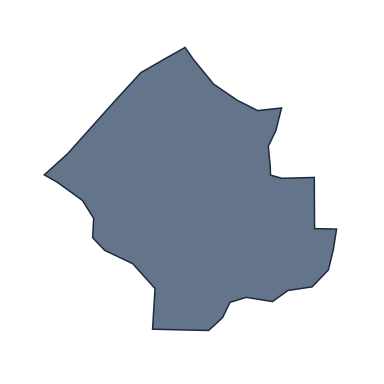 outline of Ablekuma Central Municipal, Greater Accra, Ghana, rotated 279°
{"feature_id": "2480657B99533750399286", "entity_name": "Ablekuma Central Municipal", "entity_type": "district", "adm_level": 2, "iso_a3": "GHA", "parent_name": "Ghana", "parent_adm1": "Greater Accra", "projection": "robinson", "projection_center": [-0.239, 5.554], "detail": "fine", "context": "isolated", "style": "filled", "palette": "slate", "viewbox_px": 384, "rotation_deg": 279, "n_neighbors": 0, "source": "geoboundaries", "source_scale": "gbopen_adm2", "svg_char_len": 615}
<svg xmlns="http://www.w3.org/2000/svg" viewBox="0 0 384 384"><g transform="rotate(279 192 192)"><path d="M289.0,267.3L282.7,244.1L289.7,222.2L302.0,196.4L314.4,182.5L323.2,172.6L333.7,162.6L319.6,144.7L302.0,122.9L272.1,103.0L210.5,63.3L185.8,43.4L180.6,57.3L166.5,85.1L150.6,99.0L131.3,101.0L120.7,114.9L111.9,144.7L90.8,170.6L50.3,174.5L57.8,230.0L72.6,241.8L88.9,246.8L96.4,261.9L96.4,288.7L109.7,302.1L117.1,325.5L136.4,338.9L157.2,340.6L178.0,340.6L175.0,318.8L225.5,310.5L219.6,278.6L221.0,266.9L229.9,265.2L249.2,260.2L265.6,265.2L289.0,267.3Z" fill="#64748b" stroke="#1e293b" stroke-width="1.5"/></g></svg>